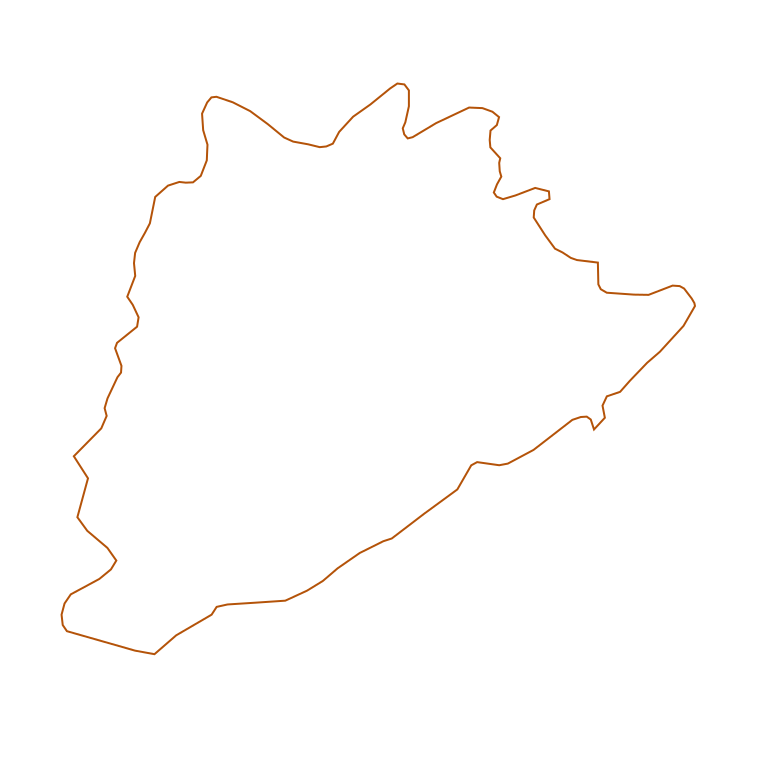 SVG path tracing the border of Bosnia and Herzegovina, rotated 278°
{"feature_id": "BIH", "entity_name": "Bosnia and Herzegovina", "entity_type": "country or territory", "adm_level": 0, "iso_a3": "BIH", "parent_name": "Europe", "parent_adm1": "", "projection": "orthographic", "projection_center": [18.137, 43.918], "detail": "fine", "context": "isolated", "style": "outline", "palette": "amber", "viewbox_px": 768, "rotation_deg": 278, "n_neighbors": 0, "source": "natural_earth", "source_scale": "50m", "svg_char_len": 1909}
<svg xmlns="http://www.w3.org/2000/svg" viewBox="0 0 768 768"><g transform="rotate(278 384 384)"><path d="M643.8,173.2L645.1,178.1L641.9,195.1L635.6,213.5L625.2,232.7L614.2,250.8L611.4,260.3L610.8,275.5L609.6,287.4L611.2,293.8L614.9,299.9L627.4,304.5L644.4,316.2L658.9,331.6L677.5,348.9L683.4,355.4L683.5,362.5L678.2,367.8L662.5,370.0L646.1,368.7L639.8,367.0L634.0,369.3L630.5,373.3L632.4,378.0L649.6,399.3L669.6,429.8L670.9,443.1L668.7,453.5L664.3,460.8L656.1,459.7L649.8,454.2L640.4,454.7L633.1,456.4L623.7,467.7L619.0,467.3L610.8,469.0L605.7,471.3L597.4,468.1L588.9,466.1L585.2,469.5L583.6,476.1L589.0,487.9L599.2,506.4L597.7,520.5L590.1,522.2L583.0,510.4L576.8,508.6L569.7,509.1L553.7,522.9L541.8,534.5L539.1,542.5L534.9,551.4L533.6,557.7L534.0,578.9L512.5,582.4L508.0,585.5L505.4,591.9L507.3,619.1L509.1,633.6L521.6,656.1L522.1,663.2L520.3,667.9L511.5,676.8L507.3,680.1L504.5,681.1L490.1,675.3L483.2,672.5L454.3,652.7L441.6,641.6L421.5,627.1L409.1,618.9L402.8,606.4L393.0,603.4L381.3,607.4L368.2,598.3L377.6,593.7L379.9,589.3L378.7,583.5L374.7,575.5L339.5,541.2L322.4,517.7L319.6,509.4L319.6,487.1L315.6,481.7L289.8,471.3L261.3,442.0L232.1,413.2L228.2,405.2L213.3,383.5L195.0,363.7L180.5,350.9L168.6,336.5L155.7,316.4L149.4,286.4L143.9,259.7L140.0,249.3L131.6,245.4L106.2,213.2L84.5,194.3L85.3,174.6L89.9,141.7L95.1,104.4L100.6,99.4L110.7,96.8L122.2,98.2L132.1,103.1L151.3,129.2L162.4,139.4L171.9,143.5L183.2,132.9L197.3,110.6L209.4,98.9L249.4,104.0L269.3,86.9L300.7,110.2L313.8,113.8L321.2,110.7L331.3,112.2L353.6,119.1L358.7,122.0L365.4,121.5L382.0,112.7L387.6,113.9L406.4,131.5L415.9,131.7L427.4,124.2L434.7,117.6L456.4,122.6L468.9,119.6L479.2,119.3L490.4,122.3L500.6,126.3L510.5,129.8L537.4,131.4L550.4,142.5L555.6,153.2L555.8,159.7L557.1,166.8L564.6,173.6L580.8,177.4L591.0,176.4L596.4,175.9L610.2,169.6L626.4,166.2L638.2,169.7L643.8,173.2Z" fill="none" stroke="#b45309" stroke-width="2"/></g></svg>